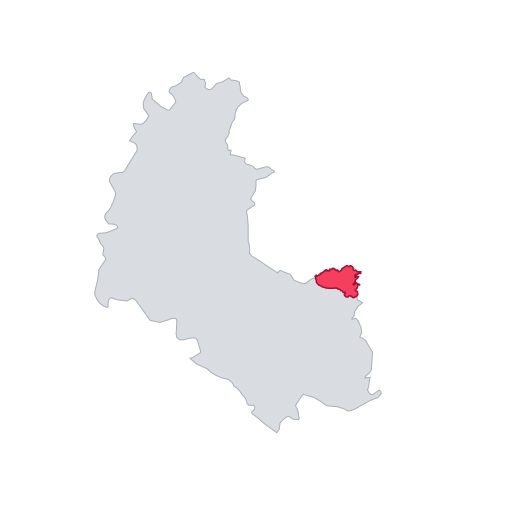 location of Forecariah, Forécariah, Guinea, rotated 214°
{"feature_id": "49546643B90846257605457", "entity_name": "Forecariah", "entity_type": "district", "adm_level": 2, "iso_a3": "GIN", "parent_name": "Guinea", "parent_adm1": "Forécariah", "projection": "albers", "projection_center": [-13.107, 9.386], "detail": "fine", "context": "in_parent", "style": "filled", "palette": "rose", "viewbox_px": 512, "rotation_deg": 214, "n_neighbors": 0, "source": "geoboundaries", "source_scale": "gbopen_adm2", "svg_char_len": 7271}
<svg xmlns="http://www.w3.org/2000/svg" viewBox="0 0 512 512"><g transform="rotate(214 256 256)"><path d="M308.9,328.5L305.1,328.0L303.4,328.7L298.4,334.7L295.4,337.0L290.8,336.3L289.1,336.7L287.8,336.1L289.5,332.8L291.9,326.4L298.0,319.9L298.1,318.5L295.6,314.7L292.9,309.6L292.8,304.1L292.3,300.1L286.9,299.0L285.9,298.3L285.7,297.0L288.7,290.1L289.0,288.7L288.6,287.5L285.2,283.9L280.0,277.5L270.9,264.1L267.6,261.3L264.4,257.3L263.1,254.7L259.8,253.7L228.6,254.1L228.1,257.5L217.3,259.9L210.7,257.2L203.4,258.8L199.8,260.6L197.0,268.4L195.5,270.1L193.9,273.6L192.4,275.5L190.8,279.4L187.3,284.9L183.7,288.5L177.4,290.4L175.5,296.2L174.0,298.3L171.6,300.0L169.0,301.1L163.9,300.0L161.0,301.0L160.5,299.6L162.2,295.0L160.9,292.6L156.0,287.9L155.5,285.6L154.0,282.6L147.5,276.5L141.5,276.8L143.2,271.7L143.1,264.9L141.1,261.2L141.6,257.4L140.5,257.6L138.5,260.2L135.2,259.4L128.7,255.3L125.4,251.4L125.0,248.0L124.3,246.7L122.3,247.4L118.1,247.3L105.6,241.4L96.8,226.3L96.6,223.0L97.9,217.2L97.6,215.6L93.5,219.4L92.7,216.8L89.6,210.8L88.7,207.4L85.7,205.8L83.3,205.5L81.5,206.7L79.0,213.7L77.2,213.6L75.3,212.1L75.7,206.9L80.5,200.3L88.7,183.8L91.6,180.0L93.4,178.7L97.2,178.6L104.6,176.4L113.7,171.3L120.7,171.7L128.9,171.1L139.7,167.6L139.8,156.5L139.5,154.0L135.7,151.8L133.4,149.9L131.5,147.4L129.2,145.6L129.3,143.8L134.1,141.4L138.4,141.5L139.9,140.6L140.9,139.0L142.2,135.0L142.6,130.8L139.8,125.1L139.9,121.1L155.6,121.7L164.3,122.8L171.3,123.1L172.4,124.0L171.5,127.9L172.4,130.2L174.8,130.8L178.7,128.1L180.8,128.7L185.2,132.1L189.3,133.0L193.8,134.9L198.0,135.9L201.7,135.7L204.5,137.6L209.8,138.2L216.5,135.8L221.8,134.7L229.3,134.4L233.2,135.2L244.6,133.2L253.6,134.3L252.2,135.6L248.1,144.5L248.6,146.1L257.8,153.5L259.9,154.1L262.4,153.0L266.3,149.5L269.3,145.8L272.3,143.9L275.8,144.0L278.6,146.6L285.1,157.7L286.8,159.1L288.3,159.1L291.1,157.0L292.6,154.6L298.5,147.2L307.8,143.4L329.9,151.7L333.2,152.3L335.1,151.6L337.8,146.6L346.1,142.3L350.0,141.1L352.3,140.9L353.2,139.5L353.6,137.5L353.1,135.4L350.5,131.6L350.4,130.5L351.8,129.8L355.0,129.2L359.1,129.5L363.7,131.1L367.5,133.4L369.7,136.2L374.0,147.9L378.7,157.1L378.7,169.5L380.8,170.7L383.1,171.2L384.1,172.1L386.4,177.2L388.6,178.7L391.2,179.0L396.0,182.2L399.1,183.4L399.5,184.4L399.4,185.8L398.3,187.5L393.7,191.0L391.4,193.9L386.8,201.0L386.7,202.3L387.7,203.2L389.6,203.4L391.7,202.9L396.0,200.3L399.4,201.1L402.7,203.0L404.0,205.1L404.3,207.7L403.6,211.2L403.6,215.0L404.7,221.5L406.5,228.0L408.3,230.4L419.3,236.0L420.4,238.2L421.0,240.6L420.3,243.9L419.2,245.8L413.2,251.0L412.3,253.4L412.9,258.0L413.6,277.1L416.0,280.3L418.8,281.9L425.4,280.9L425.3,286.2L424.5,292.2L428.4,294.0L430.4,295.8L431.5,297.5L425.4,300.7L423.7,302.6L422.9,307.6L423.2,312.2L431.4,315.4L434.7,319.2L436.1,323.1L436.7,330.7L436.0,332.4L433.9,332.5L429.7,328.0L423.3,327.5L418.6,326.7L410.7,327.5L409.4,328.8L408.6,338.9L410.5,340.5L414.3,342.4L416.8,343.2L418.8,342.9L420.4,344.1L420.8,347.4L419.8,349.8L417.7,352.1L415.2,358.0L415.9,363.3L411.5,371.8L410.3,373.5L404.3,371.9L400.5,371.4L397.7,373.5L393.8,370.3L393.1,367.7L391.7,367.2L389.1,367.2L386.7,368.7L385.7,371.4L385.3,376.8L381.0,382.0L378.0,388.5L374.5,387.9L373.8,388.7L370.0,390.4L366.8,390.9L366.0,389.2L364.1,387.9L362.0,385.2L359.6,383.0L355.0,381.5L353.2,382.2L351.1,382.0L349.7,381.2L349.8,379.9L352.2,376.5L353.5,373.4L354.2,370.0L354.2,366.8L352.9,362.4L350.8,358.8L350.3,356.7L350.5,353.8L350.0,351.0L349.3,349.6L348.3,344.4L347.1,343.5L346.4,339.3L346.5,335.0L344.7,333.4L342.0,332.3L340.3,330.6L339.3,328.8L338.3,328.3L337.4,328.4L336.7,329.5L335.8,329.8L334.1,325.8L333.5,325.7L332.3,326.6L319.6,331.1L318.0,327.4L315.5,326.7L311.3,328.3L308.9,328.5Z" fill="#d9dde1" stroke="#a8b0b8" stroke-width="1"/><path d="M150.5,277.9L150.7,278.1L150.5,278.5L150.3,278.8L150.0,279.5L149.8,279.8L150.0,280.7L150.3,281.3L151.0,282.0L151.4,282.6L151.8,283.1L152.1,283.3L152.5,283.3L153.4,283.1L153.5,283.0L153.7,282.9L154.0,283.1L154.6,283.1L154.6,283.3L154.7,283.5L154.8,283.6L154.6,283.8L154.6,284.1L154.4,285.2L154.2,285.3L154.2,286.0L154.4,286.6L154.4,287.0L154.9,287.9L155.2,288.6L155.3,289.0L155.2,289.3L155.2,289.6L155.9,289.9L156.3,289.9L156.5,289.7L157.2,289.9L157.9,289.8L158.0,289.5L157.9,288.9L158.1,288.6L158.0,288.1L158.5,286.9L159.5,286.7L159.6,286.9L159.7,287.3L159.4,287.4L159.3,287.6L159.2,288.0L159.5,288.6L159.3,289.0L159.4,289.6L159.5,290.2L159.6,290.3L159.5,290.5L160.2,291.5L160.0,292.3L160.0,292.6L159.8,293.2L159.7,293.6L159.8,293.9L159.9,294.0L160.1,294.0L159.4,294.5L159.7,295.0L159.9,295.4L160.2,295.7L161.1,295.8L161.4,295.9L161.6,295.9L161.8,295.7L161.9,295.2L162.0,294.2L162.1,293.9L162.5,294.0L162.7,295.4L163.0,295.2L163.1,295.5L163.2,296.3L163.0,296.5L162.8,296.5L162.4,296.7L162.2,297.2L161.9,297.6L161.4,298.1L161.0,298.4L161.0,298.9L160.5,299.6L160.1,299.6L159.5,300.0L159.5,300.3L159.6,300.5L160.3,301.6L160.6,301.4L161.2,300.9L161.6,300.7L161.8,300.4L162.2,300.1L163.2,299.7L163.8,299.7L164.8,299.9L165.2,299.9L166.1,299.3L166.6,299.0L166.8,298.9L167.4,298.9L168.0,299.2L169.3,300.6L170.1,301.0L171.1,301.1L171.5,301.0L172.0,300.9L172.5,300.6L172.9,299.4L173.2,299.2L173.6,299.1L173.8,299.1L174.5,299.1L174.8,299.0L175.3,298.6L175.8,297.9L176.0,297.5L176.3,296.9L176.7,295.6L176.7,295.3L176.8,294.9L177.5,294.4L177.6,294.0L177.5,292.4L177.2,292.1L177.3,291.6L177.7,290.6L177.9,290.5L178.1,289.8L178.2,289.7L178.6,289.2L179.0,289.2L179.5,289.4L180.2,290.0L180.6,290.0L181.2,289.7L181.4,288.7L181.6,288.7L181.8,288.8L182.4,288.8L183.0,289.2L183.2,289.3L183.5,289.1L184.0,289.0L184.3,289.2L184.4,289.3L184.6,289.2L184.9,288.9L185.5,288.7L185.8,288.4L185.7,287.9L185.8,287.8L185.9,287.7L186.1,287.4L186.2,286.9L186.2,286.6L186.3,286.4L187.3,286.5L187.5,286.3L187.6,286.1L187.6,285.8L187.3,285.3L187.2,284.7L187.2,284.2L187.5,283.8L188.9,283.8L189.3,284.1L189.5,284.1L189.5,283.5L189.6,283.0L189.9,282.8L190.2,282.8L190.5,283.2L190.8,282.7L190.8,282.1L191.1,281.8L191.1,281.7L190.9,281.5L191.0,281.1L191.1,280.6L191.1,280.4L191.4,280.3L191.5,280.2L191.4,279.8L192.3,278.5L192.3,278.4L192.4,278.2L192.5,278.2L192.5,277.9L192.5,277.4L192.1,277.0L192.2,276.7L192.6,276.2L192.8,276.2L193.3,276.2L193.2,275.6L193.2,275.4L193.5,275.0L193.8,274.0L193.9,273.6L194.2,273.3L195.0,273.6L195.4,273.7L195.4,273.0L195.7,272.2L195.3,272.0L194.6,271.7L194.0,270.6L193.7,270.3L193.0,270.1L191.8,268.8L191.1,267.9L190.0,267.6L188.0,267.0L187.6,267.0L185.3,267.5L184.2,267.5L183.0,267.6L182.1,268.1L179.9,268.7L179.2,269.1L176.5,270.6L174.0,272.4L171.7,274.2L170.8,274.6L170.0,274.6L169.8,274.3L169.2,274.8L167.5,275.2L166.3,274.7L166.2,274.8L165.3,275.2L164.3,275.2L163.4,274.4L162.7,274.7L162.0,275.8L161.8,275.8L161.3,275.2L161.2,274.8L161.2,273.5L161.0,273.1L160.4,272.8L159.9,272.8L159.7,272.6L159.4,272.5L159.0,272.7L158.6,272.5L158.1,272.6L157.1,273.2L156.6,273.8L156.6,274.9L156.3,275.4L155.7,275.7L155.3,276.0L155.0,276.0L154.8,276.0L154.8,275.6L154.6,275.5L154.2,275.6L153.9,275.9L153.4,276.0L152.7,275.7L152.1,275.8L151.8,276.0L151.2,276.7L150.9,277.5L150.5,277.9ZM154.8,290.0L154.7,289.9L154.3,289.7L154.1,289.7L154.0,290.1L154.3,290.2L154.4,290.3L154.7,290.2L154.8,290.0ZM159.7,296.1L159.5,295.9L159.8,295.6L159.7,295.5L159.4,295.9L159.4,296.2L159.7,296.1Z" fill="#f43f5e" stroke="#9f1239" stroke-width="1.5"/></g></svg>